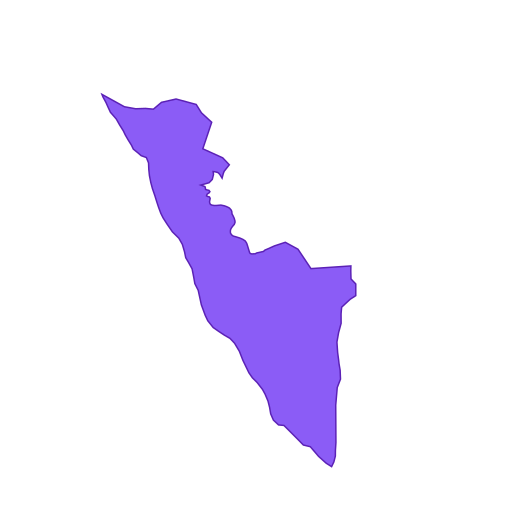 outline of Sipsu, Samchi, Bhutan, rotated 328°
{"feature_id": "84629894B94352407868213", "entity_name": "Sipsu", "entity_type": "district", "adm_level": 2, "iso_a3": "BTN", "parent_name": "Bhutan", "parent_adm1": "Samchi", "projection": "albers", "projection_center": [88.886, 27.002], "detail": "fine", "context": "isolated", "style": "filled", "palette": "violet", "viewbox_px": 512, "rotation_deg": 328, "n_neighbors": 0, "source": "geoboundaries", "source_scale": "gbopen_adm2", "svg_char_len": 2311}
<svg xmlns="http://www.w3.org/2000/svg" viewBox="0 0 512 512"><g transform="rotate(328 256 256)"><path d="M211.0,37.3L210.5,40.0L210.1,46.4L209.4,51.4L208.7,57.0L210.1,65.7L209.8,72.6L209.8,79.6L209.3,84.0L209.1,89.7L209.1,96.0L208.6,100.4L210.3,105.3L211.8,110.1L215.2,114.4L214.2,120.1L211.0,125.7L208.2,131.4L205.7,138.0L203.9,143.9L202.2,151.2L200.6,157.3L199.2,163.0L197.9,169.3L197.4,174.6L197.5,181.9L197.9,191.2L200.0,200.0L199.7,207.1L197.6,214.6L195.5,220.2L195.4,225.3L195.0,233.0L191.9,241.1L189.5,247.0L188.8,254.5L183.8,268.4L181.5,279.4L180.8,285.4L181.8,294.0L184.4,300.1L187.3,306.5L190.3,312.1L191.6,318.6L191.4,328.0L189.6,337.6L188.1,351.3L188.4,357.4L189.9,363.8L190.8,372.5L190.5,377.9L189.3,385.4L187.3,391.6L184.8,397.7L183.8,404.4L185.6,411.2L189.9,414.5L194.7,435.4L196.0,441.4L201.0,446.5L202.9,459.2L205.7,468.9L208.5,474.7L212.9,471.9L217.3,467.7L220.3,463.0L224.9,456.6L244.6,424.7L255.2,410.6L262.4,405.2L266.8,397.5L269.4,391.2L271.0,387.9L274.1,381.1L279.0,371.9L285.4,364.8L292.5,358.2L297.5,350.1L301.5,344.8L312.9,342.6L319.6,342.5L325.8,332.6L324.4,325.8L328.4,319.0L331.2,314.7L306.9,301.7L295.9,295.8L295.2,272.5L288.1,259.9L277.0,257.2L269.1,256.1L266.7,255.7L264.7,256.1L262.8,255.4L259.9,254.4L258.3,253.8L256.5,253.7L254.8,252.7L253.6,252.1L252.5,250.9L252.4,249.7L253.3,246.3L254.3,242.6L254.8,240.6L254.9,239.3L254.8,237.4L253.7,235.0L251.9,232.3L248.9,228.8L247.3,227.1L246.6,225.4L246.5,224.2L246.5,223.0L247.5,221.2L248.4,220.2L249.6,219.4L251.2,218.7L252.6,218.2L254.3,217.7L256.0,216.4L256.7,215.2L257.5,212.5L257.9,209.2L257.9,207.9L258.5,206.5L259.1,205.3L259.3,203.8L258.9,201.3L258.0,199.7L256.9,198.1L255.7,196.6L253.2,194.2L249.1,192.1L247.3,191.0L245.5,189.4L244.7,188.1L244.8,186.6L245.4,185.3L246.9,183.7L247.7,182.8L247.8,181.2L246.6,180.0L245.9,178.8L247.2,177.7L248.3,177.6L249.7,177.6L251.0,177.0L250.9,175.4L249.5,174.0L248.5,172.8L249.1,171.5L249.5,170.1L246.8,166.6L255.0,169.0L259.5,167.9L263.2,164.3L264.4,161.7L265.9,162.9L267.8,164.9L268.2,165.9L268.5,167.7L268.5,172.0L272.0,168.7L273.9,167.3L281.7,164.5L279.8,155.1L267.7,136.9L289.3,119.1L285.6,105.7L285.6,102.5L285.6,101.3L285.6,95.8L271.4,80.5L257.3,75.6L246.8,77.1L240.5,72.3L232.0,67.4L223.5,59.7L214.2,43.0L211.0,37.3Z" fill="#8b5cf6" stroke="#5b21b6" stroke-width="1.5"/></g></svg>